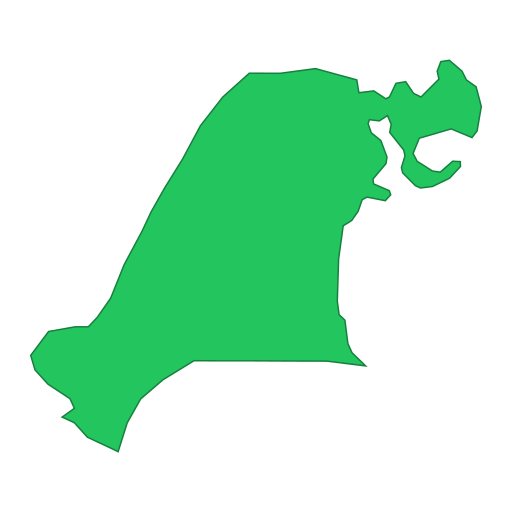 outline of Munchon City, Kangwŏn-do, North Korea
{"feature_id": "82179303B61369301137013", "entity_name": "Munchon City", "entity_type": "district", "adm_level": 2, "iso_a3": "PRK", "parent_name": "North Korea", "parent_adm1": "Kangwŏn-do", "projection": "equal_earth", "projection_center": [127.347, 39.259], "detail": "fine", "context": "isolated", "style": "filled", "palette": "green", "viewbox_px": 512, "rotation_deg": 0, "n_neighbors": 0, "source": "geoboundaries", "source_scale": "gbopen_adm2", "svg_char_len": 1287}
<svg xmlns="http://www.w3.org/2000/svg" viewBox="0 0 512 512"><path d="M62.1,417.1L74.3,422.7L87.4,437.2L115.5,450.4L118.1,451.7L127.2,422.9L140.7,398.9L162.9,379.8L194.0,360.7L220.4,360.8L251.3,360.8L291.1,361.0L326.4,361.1L365.6,365.9L352.0,352.7L347.9,343.6L344.9,320.2L339.1,314.6L337.3,301.1L338.6,259.1L343.2,225.8L351.7,220.5L358.1,211.4L362.2,199.7L367.1,197.1L375.6,198.8L385.3,200.7L390.7,194.8L389.3,190.7L373.6,183.9L373.0,179.0L386.0,163.6L387.0,157.1L380.9,140.6L371.3,132.8L368.1,123.7L369.4,119.7L379.3,120.9L387.5,115.6L391.2,124.3L389.7,132.4L403.7,150.1L405.0,155.9L401.4,167.6L402.7,172.9L415.4,185.7L420.5,188.0L432.5,186.5L449.6,178.2L460.5,166.5L460.3,161.6L452.7,161.2L440.3,172.1L432.4,171.0L417.2,161.3L413.1,153.4L419.3,138.2L451.2,128.9L472.0,137.6L477.1,130.9L481.3,106.6L480.1,101.9L476.1,86.8L466.4,79.9L462.0,71.1L449.3,60.3L440.8,61.6L437.2,71.2L438.9,79.1L421.0,97.0L413.6,93.4L405.7,81.7L396.0,83.3L389.5,96.9L385.8,98.8L373.8,90.9L358.9,92.7L356.8,79.9L315.5,68.6L280.2,73.3L249.3,73.2L222.7,97.1L200.4,125.8L182.5,159.2L164.6,188.0L151.1,211.9L142.1,231.1L124.2,264.6L110.7,298.1L97.3,317.3L88.3,326.8L75.1,326.8L48.6,331.5L30.7,355.4L35.0,369.9L48.1,384.3L70.0,398.7L74.4,408.3L62.1,417.1Z" fill="#22c55e" stroke="#15803d" stroke-width="1.5"/></svg>